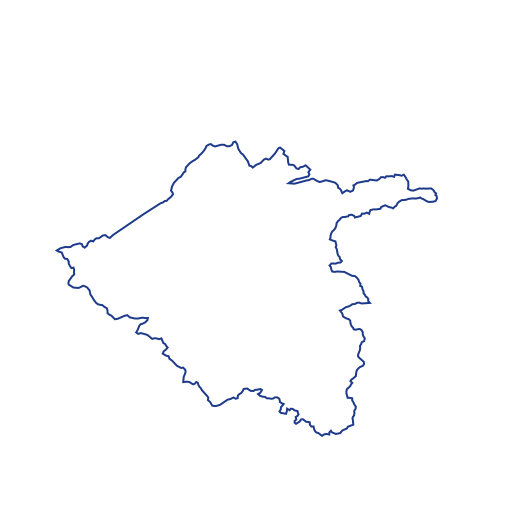 outline of Mombaça, Ceará, Brazil, rotated 212°
{"feature_id": "56859067B71410227491082", "entity_name": "Mombaça", "entity_type": "district", "adm_level": 2, "iso_a3": "BRA", "parent_name": "Brazil", "parent_adm1": "Ceará", "projection": "albers", "projection_center": [-39.786, -5.836], "detail": "fine", "context": "isolated", "style": "outline", "palette": "blue", "viewbox_px": 512, "rotation_deg": 212, "n_neighbors": 0, "source": "geoboundaries", "source_scale": "gbopen_adm2", "svg_char_len": 6132}
<svg xmlns="http://www.w3.org/2000/svg" viewBox="0 0 512 512"><g transform="rotate(212 256 256)"><path d="M353.6,327.0L355.1,325.4L356.3,323.0L355.9,320.8L356.1,316.5L356.8,313.0L357.5,310.9L357.2,309.2L358.8,305.0L360.0,302.9L361.4,299.5L362.4,294.0L361.6,291.7L360.7,290.3L361.5,288.9L361.7,283.5L363.1,281.1L364.4,274.4L364.0,270.4L362.7,266.4L360.3,265.5L359.1,264.2L359.4,261.3L360.7,257.3L361.0,255.4L362.5,254.3L363.2,252.2L364.8,250.3L373.6,231.7L388.3,198.2L389.5,193.9L391.6,193.4L394.8,193.9L396.7,192.3L398.6,187.8L400.7,186.5L401.5,184.7L401.8,182.1L404.0,181.6L405.2,179.3L405.3,177.4L404.8,175.3L405.7,172.3L408.1,172.3L409.9,173.7L412.0,173.4L415.9,169.5L417.1,167.9L418.1,165.3L420.2,163.8L422.2,162.9L425.9,159.0L427.9,155.1L426.2,155.1L422.6,156.0L418.4,153.0L416.5,152.5L414.5,153.4L412.0,152.2L410.7,150.2L408.4,148.9L406.1,147.9L404.6,149.4L402.8,147.9L401.7,145.6L400.4,144.1L401.1,141.5L401.5,135.5L400.8,133.7L399.7,132.5L394.2,132.5L390.5,134.3L389.1,135.4L386.8,139.2L384.8,139.7L382.4,139.8L378.9,138.6L375.9,135.5L373.6,134.6L370.8,133.1L367.1,131.6L364.6,131.3L362.5,131.9L360.3,132.9L357.2,132.5L355.0,132.7L353.2,131.3L351.7,128.9L349.2,128.5L347.1,128.8L342.1,127.6L339.9,129.6L335.8,135.6L333.8,137.6L330.5,137.1L326.4,138.5L324.7,139.3L323.0,140.4L319.5,143.6L317.0,144.7L314.8,146.1L314.1,144.0L314.8,141.0L316.5,138.2L317.7,137.0L318.0,135.0L317.2,130.8L317.1,127.7L314.7,127.5L312.8,129.6L307.9,131.1L306.1,131.5L300.1,130.7L298.6,132.4L297.2,133.2L294.0,134.2L292.6,136.0L288.5,133.1L286.4,133.2L284.5,132.2L282.4,131.5L282.8,128.9L283.8,126.3L283.3,123.7L279.2,123.9L277.0,124.7L275.0,123.0L271.8,122.8L264.8,121.0L260.1,121.4L258.7,122.7L256.7,122.3L255.1,121.6L254.0,119.6L253.2,115.1L250.9,110.5L248.0,112.8L245.6,113.8L241.4,113.8L240.3,115.1L239.9,117.5L238.1,117.6L236.6,116.2L234.9,115.2L232.9,114.7L230.6,113.5L223.0,111.3L221.4,110.6L220.4,108.3L217.6,107.9L213.8,105.9L211.6,106.8L210.3,107.7L207.6,110.8L203.9,119.2L202.0,121.0L200.1,124.1L197.6,124.2L196.2,125.7L197.4,128.1L196.9,130.2L196.0,131.6L195.7,133.8L196.0,136.7L193.3,138.9L189.1,138.8L186.6,140.2L185.8,142.0L183.8,143.5L181.7,145.6L179.9,145.5L179.9,142.3L181.1,140.0L178.4,139.5L175.6,140.3L173.6,141.3L171.4,141.1L169.3,142.3L167.2,143.1L165.8,144.4L165.0,146.2L162.9,147.4L160.7,147.3L159.4,146.2L158.3,144.8L156.1,144.8L154.1,145.1L154.7,141.0L153.7,139.0L153.7,136.6L151.9,136.1L146.9,138.1L147.6,140.7L148.7,143.0L145.8,143.0L145.6,144.9L143.8,145.8L141.4,145.5L138.6,146.5L137.5,145.3L136.0,144.2L136.1,142.4L137.0,140.5L135.2,138.7L135.8,136.5L134.9,135.1L133.1,134.9L131.3,138.7L131.1,141.4L129.7,142.4L125.7,142.0L122.4,143.5L120.8,141.4L118.6,140.7L116.9,141.9L114.8,139.8L113.0,138.7L111.1,138.3L109.4,138.9L104.7,138.5L103.7,140.8L102.1,142.4L99.3,143.4L100.3,145.2L99.9,147.5L98.3,146.7L93.9,147.4L90.6,150.6L90.6,152.4L90.2,154.0L87.5,157.9L87.6,160.0L84.1,164.5L86.8,168.1L88.1,169.4L88.6,171.1L88.3,172.7L89.3,174.9L90.6,176.7L90.6,179.3L91.6,181.2L94.2,182.3L95.7,183.5L97.9,184.5L99.0,186.3L101.7,185.2L103.1,184.3L106.3,187.2L107.7,189.2L108.3,191.4L107.1,195.5L107.4,197.6L107.1,199.4L109.6,199.9L109.6,201.7L108.8,203.5L107.7,207.2L108.9,209.4L109.7,211.7L109.9,213.4L109.2,216.5L107.1,219.7L107.2,221.8L108.6,223.4L114.7,224.4L116.4,225.1L117.2,226.6L118.0,231.1L118.9,233.2L120.1,234.8L120.2,237.1L120.6,239.0L119.2,241.1L120.1,243.8L122.5,244.9L123.8,246.0L125.1,247.9L127.3,249.1L129.3,249.1L130.8,247.9L132.4,246.3L134.2,245.6L135.7,246.6L137.6,247.1L139.8,248.6L142.0,251.2L143.7,251.6L146.5,250.9L150.1,250.8L152.3,252.9L155.9,254.3L154.7,255.6L153.1,259.3L152.3,260.7L150.7,262.3L149.7,263.9L148.8,266.1L146.6,267.8L145.6,269.8L143.8,271.1L141.3,271.7L134.6,276.5L137.0,277.3L138.0,279.0L139.8,279.8L141.6,279.8L143.2,280.9L144.9,281.3L146.1,283.1L147.8,284.0L149.9,286.2L151.7,285.8L152.9,288.0L154.6,288.5L156.3,290.0L158.8,291.0L161.3,291.4L164.1,290.1L172.7,289.3L178.9,285.9L180.9,284.2L183.2,283.2L185.2,284.7L186.5,286.2L188.6,286.9L188.0,289.7L184.3,291.8L182.9,293.8L180.9,295.2L180.5,297.3L182.8,297.7L184.6,299.5L186.4,299.9L188.2,301.3L191.1,304.6L193.1,305.7L193.4,307.5L196.4,310.5L199.2,309.7L202.2,309.2L202.6,311.1L203.6,312.9L204.2,315.1L204.3,317.5L203.7,319.1L203.5,321.9L204.0,324.3L205.1,326.7L204.9,329.1L204.4,330.7L204.1,333.3L203.0,335.1L200.7,336.7L198.9,338.4L198.8,340.0L196.6,341.8L193.9,342.0L192.5,341.1L188.4,345.4L188.6,348.1L186.5,349.3L185.0,351.5L182.4,351.7L182.9,353.3L183.3,355.7L181.0,357.8L178.5,359.4L175.5,362.0L175.8,363.9L173.3,367.5L168.9,368.0L166.8,368.9L165.0,369.0L164.4,371.5L163.6,373.1L164.0,375.4L163.5,377.7L162.2,380.4L159.1,382.7L157.9,384.0L156.8,385.4L153.5,388.0L152.0,388.7L150.6,389.7L149.0,391.1L147.8,392.6L146.0,392.5L144.3,392.9L140.2,392.9L137.9,393.5L134.2,396.2L132.9,397.8L133.0,400.7L134.6,402.6L136.2,402.8L136.4,404.5L138.2,404.7L140.6,405.9L143.3,406.1L148.1,402.8L149.6,402.2L150.9,401.0L153.1,400.0L157.2,394.8L159.4,393.8L162.8,393.5L163.8,396.0L166.4,399.9L168.7,400.7L170.3,401.8L173.7,403.3L175.0,401.3L177.4,400.5L181.3,398.6L180.8,396.4L183.2,395.7L185.5,394.0L187.7,392.7L188.0,390.7L189.9,390.3L191.7,389.1L192.2,386.8L193.6,384.0L199.7,381.2L200.8,378.7L202.3,377.9L209.0,371.6L209.9,368.9L210.8,367.5L209.2,366.1L208.5,362.9L210.1,360.4L213.7,359.9L214.8,358.0L216.1,355.0L219.1,357.0L220.7,357.5L222.5,357.4L224.0,359.2L226.3,359.9L228.3,360.0L235.3,357.9L237.3,357.0L239.2,354.6L241.3,352.4L245.6,351.9L248.3,351.9L249.7,351.0L251.5,348.2L253.0,347.0L261.7,337.7L266.9,335.0L266.0,337.1L262.4,342.8L260.0,344.7L253.9,351.2L253.9,353.4L256.0,354.9L255.7,358.0L262.0,359.2L263.6,356.4L265.5,354.8L266.0,352.3L268.1,351.7L271.4,353.0L273.0,352.8L276.5,350.9L278.2,352.3L281.6,356.8L286.8,357.1L287.6,360.1L293.1,360.7L294.1,359.2L294.2,353.1L295.6,345.3L296.8,344.2L299.1,343.9L300.4,341.9L301.4,337.2L304.2,333.3L305.6,329.3L307.9,329.7L309.5,329.1L313.1,332.0L320.7,335.1L323.2,335.3L326.0,336.6L328.0,337.7L331.3,340.9L334.1,342.1L335.5,340.5L335.2,337.5L336.5,335.2L338.7,333.7L342.0,333.4L344.5,331.9L348.8,327.2L351.4,326.7L353.6,327.0Z" fill="none" stroke="#1e3a8a" stroke-width="2"/></g></svg>